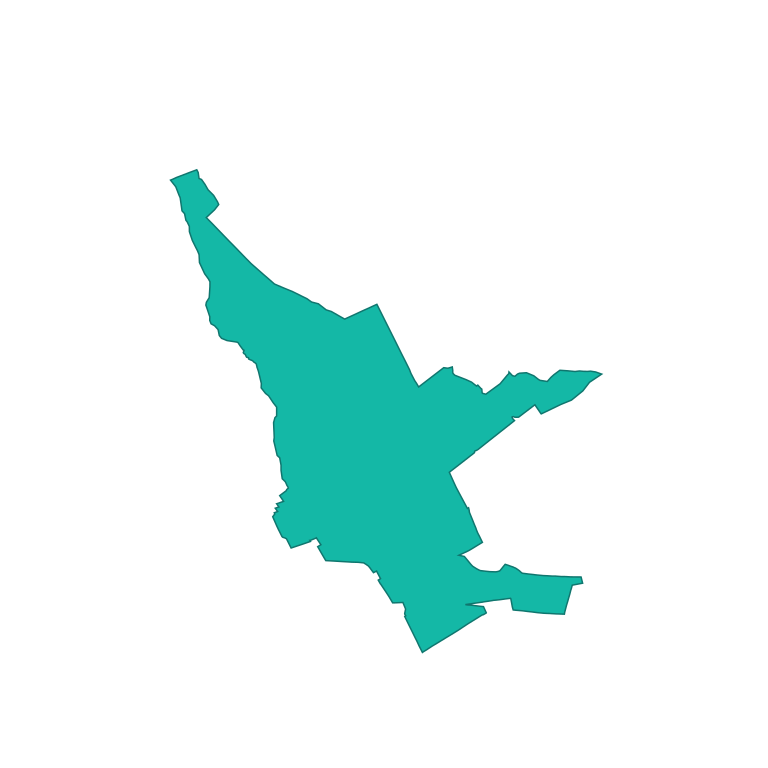 Chicoloapan, México, Mexico (Albers equal-area conic projection), rotated 231°
{"feature_id": "50627088B10015093996053", "entity_name": "Chicoloapan", "entity_type": "district", "adm_level": 2, "iso_a3": "MEX", "parent_name": "Mexico", "parent_adm1": "México", "projection": "albers", "projection_center": [-98.886, 19.397], "detail": "fine", "context": "isolated", "style": "filled", "palette": "teal", "viewbox_px": 768, "rotation_deg": 231, "n_neighbors": 0, "source": "geoboundaries", "source_scale": "gbopen_adm2", "svg_char_len": 5824}
<svg xmlns="http://www.w3.org/2000/svg" viewBox="0 0 768 768"><g transform="rotate(231 384 384)"><path d="M676.8,346.4L668.3,346.3L659.6,343.5L657.0,342.8L649.5,338.3L645.7,336.0L641.9,336.2L635.9,333.1L633.9,333.1L629.0,331.9L624.8,328.6L618.1,326.1L616.2,325.4L608.7,323.7L604.9,322.9L600.9,321.7L594.5,317.0L582.5,314.0L576.3,313.7L573.0,313.1L569.1,309.9L561.1,302.5L559.3,297.4L557.4,295.2L552.4,293.4L545.8,290.9L543.1,288.6L539.6,287.5L535.9,289.0L530.7,289.3L525.3,286.5L521.7,286.5L519.2,287.9L516.6,289.3L509.3,295.9L508.3,296.5L507.6,296.6L506.3,296.4L504.0,296.2L501.4,296.1L499.0,296.0L498.8,296.3L498.6,296.4L498.4,296.4L498.2,296.4L498.0,296.2L497.1,294.5L496.9,294.4L496.6,294.3L496.3,294.3L495.8,294.3L495.7,294.3L494.4,294.8L492.5,294.3L491.3,294.1L489.7,295.2L488.8,294.7L488.6,294.6L488.4,294.6L487.0,295.3L486.1,295.8L485.2,296.3L484.7,296.5L484.3,296.6L484.1,296.6L483.1,296.6L482.9,296.7L480.9,297.3L480.4,297.3L479.9,297.3L479.4,297.1L478.4,296.6L477.7,296.3L477.1,295.9L475.6,295.4L474.8,295.1L473.4,294.6L471.8,293.9L461.6,289.0L458.3,286.1L451.2,286.0L447.5,286.9L439.1,286.1L433.6,286.0L432.1,284.8L426.7,280.4L426.5,278.1L425.2,276.3L423.5,273.9L415.5,268.0L411.5,265.0L409.1,262.5L404.1,260.1L395.7,256.0L392.3,256.5L385.7,252.9L381.6,249.6L374.4,245.3L370.2,245.8L368.1,245.3L366.5,244.8L364.2,244.5L363.3,244.1L363.2,242.0L362.6,240.8L362.9,232.7L360.7,232.5L356.0,232.1L358.5,225.2L358.1,225.2L355.7,225.0L354.6,224.9L355.9,221.3L351.8,221.1L353.0,217.7L351.7,217.3L350.9,214.0L340.7,211.2L339.4,210.9L338.1,210.6L337.2,210.3L336.4,210.2L329.6,208.7L328.5,208.9L326.9,210.0L325.1,210.8L315.0,208.6L310.7,220.1L307.9,227.8L309.0,228.0L308.9,228.1L307.0,234.4L307.0,234.6L306.0,234.5L298.8,233.8L299.3,230.1L291.3,228.8L283.4,227.6L277.9,233.7L272.1,240.0L272.2,239.9L268.2,244.3L265.9,246.8L261.7,251.7L257.7,255.7L256.7,256.0L255.6,256.4L254.4,256.8L253.7,256.9L253.2,257.1L252.7,257.3L251.4,257.4L250.7,257.3L250.4,257.4L249.3,257.3L244.0,257.1L243.3,260.5L242.0,260.2L234.9,258.8L235.2,256.1L231.0,255.4L230.7,255.5L219.8,254.5L215.1,254.0L214.6,253.9L208.5,253.0L207.2,254.6L202.3,261.2L195.6,259.2L195.4,259.0L193.4,256.6L192.9,256.0L192.6,255.6L192.0,255.3L190.9,255.1L190.2,255.0L190.3,253.8L180.7,251.6L177.6,250.9L173.1,249.9L167.0,248.5L163.7,247.8L158.2,246.4L153.0,245.3L151.2,244.9L151.1,246.4L150.6,250.0L150.4,252.4L150.2,254.1L150.0,256.4L149.0,263.4L148.8,264.8L148.7,265.9L148.1,270.0L148.0,271.2L147.4,275.4L146.0,286.0L144.8,298.5L142.9,313.7L142.6,315.3L142.5,315.6L142.3,315.8L142.2,316.0L141.7,319.3L141.8,319.5L142.6,319.7L148.4,321.2L148.6,321.0L151.1,318.5L154.1,315.6L156.4,313.4L160.1,309.5L161.4,308.4L159.2,312.1L157.9,314.2L156.9,316.0L152.5,323.3L152.0,324.3L149.9,327.8L147.3,332.3L147.2,332.6L145.2,335.6L143.2,338.7L140.5,343.2L137.8,347.5L137.5,347.5L134.3,345.8L129.9,343.4L127.1,342.2L124.9,344.4L123.2,346.2L122.7,346.7L120.5,349.0L116.8,352.5L116.1,353.2L113.8,355.5L109.8,359.3L105.3,363.9L102.9,366.6L102.3,367.3L101.7,368.0L100.7,369.1L100.3,369.5L96.4,373.8L95.7,374.7L95.4,375.0L93.9,376.7L92.6,378.2L91.2,379.8L91.8,379.5L92.9,380.8L97.1,386.5L98.2,388.1L99.2,389.6L100.9,392.0L102.7,394.6L103.6,395.9L106.5,399.8L106.8,400.4L109.2,403.7L104.2,413.0L110.0,415.7L114.2,410.6L115.6,408.9L116.5,407.8L119.8,404.2L120.4,403.5L122.7,400.7L126.1,397.1L126.6,396.6L127.3,395.8L129.1,393.6L132.5,389.9L134.7,387.4L138.9,383.1L140.5,381.5L141.9,380.2L142.9,379.2L145.6,376.5L147.2,375.0L149.9,372.4L151.4,372.0L153.7,371.7L154.0,371.6L155.9,371.1L158.1,370.4L159.9,369.4L160.3,369.3L162.8,367.7L164.7,366.6L167.6,364.7L167.3,363.1L167.0,361.5L166.8,360.7L166.3,358.4L166.0,356.9L166.0,356.1L166.8,354.2L167.7,352.6L171.6,348.1L174.5,345.2L178.4,341.4L180.0,340.6L182.4,339.6L185.1,338.7L186.6,338.2L187.9,338.1L189.4,338.0L190.0,338.0L193.3,338.0L199.4,337.9L203.8,334.4L201.2,344.9L201.1,345.7L201.0,346.2L200.5,349.6L200.0,353.5L199.8,355.0L199.0,360.8L205.8,362.4L207.9,362.8L209.3,363.1L211.3,363.7L213.2,364.3L213.8,364.6L216.2,365.3L218.0,365.8L223.4,367.5L223.8,367.6L230.1,369.5L230.7,369.7L231.7,370.4L232.5,370.8L233.0,371.1L234.6,371.8L234.8,370.5L252.1,373.8L258.2,375.0L264.1,376.5L274.3,379.2L273.8,404.0L273.8,406.2L273.7,408.0L273.7,410.9L274.0,411.5L274.6,412.0L274.7,412.5L274.6,413.1L274.2,414.0L274.1,414.6L273.9,416.3L273.8,429.2L273.4,462.4L275.9,462.2L276.8,462.3L277.4,462.5L277.8,463.0L277.2,464.1L276.1,464.6L275.3,465.4L274.2,466.8L273.5,467.8L272.9,488.2L262.0,487.3L261.8,487.4L256.8,508.6L253.5,519.6L253.5,534.2L256.0,544.8L254.7,559.4L260.1,556.1L264.0,552.6L265.6,550.2L268.3,547.0L271.1,544.1L273.5,540.3L278.6,535.1L284.0,529.3L284.3,521.9L284.1,517.9L283.2,512.5L288.7,507.5L290.8,506.8L296.1,505.6L303.1,501.8L307.1,496.1L307.7,494.0L307.6,490.6L309.6,489.1L314.7,488.7L313.5,487.5L313.3,485.5L311.1,474.4L312.0,456.7L314.5,454.9L314.8,454.7L315.1,454.7L315.5,454.8L317.9,456.4L318.5,456.8L319.7,456.5L322.5,456.3L324.1,456.2L324.2,454.6L330.4,453.2L335.8,450.5L342.8,446.5L346.3,444.5L348.7,444.3L349.9,444.8L351.3,446.0L354.3,447.8L355.9,443.9L356.3,443.3L359.1,440.7L359.9,409.1L363.9,409.7L367.3,410.0L369.3,410.4L372.3,411.0L373.7,411.3L374.8,411.5L376.2,411.9L377.7,412.4L378.9,412.8L387.8,414.8L396.7,416.7L409.6,419.6L417.8,421.4L425.9,423.2L434.1,425.0L442.2,426.8L450.4,428.6L454.8,411.6L456.9,403.2L459.2,394.3L464.0,392.4L473.5,388.7L478.0,385.7L487.6,383.5L493.3,379.3L498.8,377.8L503.5,375.6L512.9,371.3L522.3,366.2L530.6,361.8L539.3,360.3L543.7,359.5L552.4,358.0L561.2,356.5L569.2,355.7L577.2,355.0L585.2,354.3L593.2,353.5L601.2,352.8L609.2,352.1L617.2,351.4L625.2,350.6L626.0,361.9L627.5,368.5L630.5,369.3L637.8,370.3L645.7,369.5L651.8,370.5L657.8,370.9L660.1,369.6L665.3,372.7L668.3,373.3L670.4,367.1L675.1,352.7L676.1,348.7L676.8,346.4Z" fill="#14b8a6" stroke="#0f766e" stroke-width="1.5"/></g></svg>